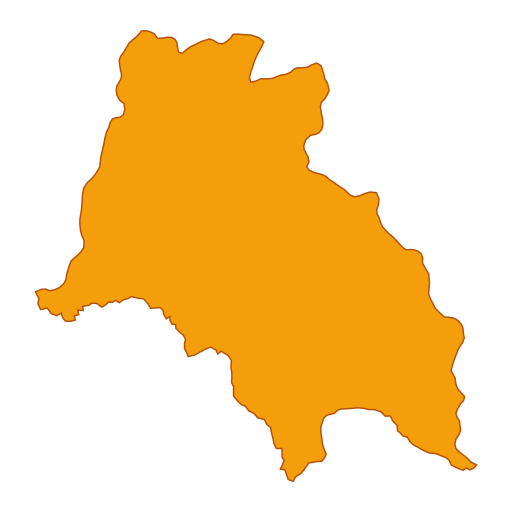 the district of Fruta de Leite, Minas Gerais, Brazil
{"feature_id": "56859067B77159548363551", "entity_name": "Fruta de Leite", "entity_type": "district", "adm_level": 2, "iso_a3": "BRA", "parent_name": "Brazil", "parent_adm1": "Minas Gerais", "projection": "albers", "projection_center": [-42.516, -16.13], "detail": "fine", "context": "isolated", "style": "filled", "palette": "amber", "viewbox_px": 512, "rotation_deg": 0, "n_neighbors": 0, "source": "geoboundaries", "source_scale": "gbopen_adm2", "svg_char_len": 4468}
<svg xmlns="http://www.w3.org/2000/svg" viewBox="0 0 512 512"><path d="M263.8,41.7L259.6,38.1L256.0,36.7L251.4,35.1L244.5,34.7L238.2,34.1L233.2,34.3L230.4,38.3L226.6,41.5L222.6,43.9L218.2,43.3L213.8,40.5L209.4,38.9L205.2,40.3L201.2,41.5L195.9,44.2L190.5,46.8L186.3,49.7L182.3,53.4L178.4,52.0L177.5,46.8L176.9,42.9L175.2,39.5L171.7,37.4L167.1,37.3L163.1,38.1L157.6,38.3L154.3,33.9L150.2,31.8L145.8,30.7L141.5,31.0L138.5,34.7L135.1,37.9L132.4,40.1L128.9,43.3L126.6,47.4L123.7,52.3L120.6,56.4L119.2,60.4L119.7,65.3L120.6,70.3L121.5,74.2L121.2,78.3L119.1,82.2L117.0,85.8L116.3,89.6L116.9,95.1L119.7,100.3L124.1,103.6L124.8,109.6L123.5,114.6L120.2,117.2L116.6,117.7L112.6,118.8L110.3,122.2L108.8,127.2L106.5,132.1L105.0,137.7L104.2,142.2L103.3,146.4L101.9,152.4L100.8,157.3L100.2,162.3L99.8,166.8L97.9,170.2L95.1,174.6L91.4,179.0L87.2,182.8L83.6,188.4L82.5,194.9L82.0,202.6L81.7,207.4L81.0,213.1L80.0,218.4L79.8,222.7L80.4,229.9L81.8,235.4L84.1,240.6L83.8,247.6L81.0,251.8L77.9,254.9L74.0,258.3L70.9,261.2L69.4,265.4L67.9,270.0L66.5,275.2L66.1,279.1L63.9,283.5L59.3,287.7L54.3,289.9L49.7,290.7L45.5,289.1L41.3,289.3L35.4,291.9L38.9,298.5L37.9,303.8L40.6,309.5L47.3,308.1L51.3,313.7L56.8,315.6L61.4,313.1L62.5,317.3L65.2,321.0L70.5,321.4L75.3,320.0L74.4,315.9L78.8,314.7L77.6,310.1L83.2,310.5L82.7,306.2L88.9,305.4L91.7,303.1L97.0,303.5L101.8,307.2L105.6,304.9L108.5,302.1L112.4,302.4L115.6,300.3L119.4,302.7L123.4,299.8L128.3,298.4L131.6,296.6L137.0,298.0L143.7,298.9L147.6,303.3L150.7,308.3L156.0,307.9L159.8,307.7L162.9,309.8L163.7,314.3L166.3,318.8L170.0,316.4L169.9,320.2L172.1,324.2L175.6,324.5L175.9,328.3L179.9,332.4L183.3,335.1L185.5,339.2L184.5,343.7L184.5,348.4L186.8,352.9L188.1,356.5L194.2,355.2L199.4,352.4L204.6,349.6L210.4,347.0L215.8,349.8L217.8,353.9L221.1,351.2L224.9,353.4L228.3,355.7L231.4,360.4L231.0,367.6L231.8,372.6L231.9,377.6L231.6,382.8L233.7,386.9L233.5,391.7L233.6,396.1L236.5,399.6L239.0,402.4L241.7,404.8L245.5,406.3L248.9,411.0L254.1,413.5L257.9,418.0L264.2,419.3L266.9,424.5L270.6,427.6L271.5,432.8L272.8,437.8L273.9,443.3L276.4,448.5L281.8,448.5L282.1,453.1L282.1,457.4L284.2,460.2L282.5,464.6L280.4,469.1L284.8,469.8L286.5,474.4L288.2,479.5L293.2,481.3L295.5,476.9L301.0,473.4L304.1,469.7L306.4,466.4L308.8,463.0L314.0,462.1L318.0,461.4L321.6,461.4L324.1,458.5L326.2,454.3L324.1,449.2L322.4,444.1L321.8,438.0L321.0,433.2L320.7,427.5L322.5,421.9L324.1,417.7L326.9,415.2L330.2,414.3L334.2,413.4L337.6,410.2L341.8,408.8L346.0,408.8L350.2,408.5L358.0,407.8L364.1,408.4L369.1,409.6L374.5,409.6L381.1,411.9L385.1,416.1L390.3,416.0L392.7,420.8L397.3,425.7L397.5,430.8L400.4,433.0L402.6,435.8L407.4,437.2L409.9,441.6L413.8,445.2L417.5,447.0L421.0,449.2L424.6,450.9L429.3,452.9L436.0,453.7L442.1,456.1L446.3,457.9L449.2,460.3L451.0,464.6L454.1,466.5L458.1,468.4L463.3,470.3L466.5,467.9L469.6,469.9L473.8,468.1L476.6,464.9L471.6,462.6L466.9,457.9L462.3,454.3L459.1,451.8L456.0,448.6L454.9,444.2L455.9,439.2L458.7,435.1L460.6,430.5L459.5,421.2L456.9,416.8L455.9,413.2L457.8,408.5L460.7,403.5L463.5,400.7L464.6,396.6L461.6,393.4L458.5,389.9L456.2,385.4L455.5,381.7L455.0,377.9L453.3,374.7L451.0,370.5L452.7,364.5L454.2,359.7L455.9,355.2L457.7,350.5L459.4,347.1L462.6,342.5L464.3,337.9L463.4,334.0L463.0,328.0L461.1,324.0L458.2,320.7L454.3,318.3L448.9,317.3L444.3,316.9L440.7,313.7L436.9,310.1L434.6,307.2L432.6,302.9L430.3,298.6L428.6,294.2L429.0,288.4L429.5,282.5L428.6,273.8L425.3,268.2L422.6,263.3L422.6,257.3L420.9,253.3L417.7,251.1L414.0,249.7L410.4,249.5L406.6,250.1L402.4,247.2L399.5,244.0L397.2,241.4L393.0,237.0L388.4,233.2L385.2,229.8L382.3,226.5L380.4,222.2L379.2,217.9L377.0,213.9L376.9,209.1L378.5,204.6L378.9,198.6L376.3,192.7L370.5,192.0L366.5,193.0L363.1,194.3L359.2,195.9L354.9,196.8L350.3,195.2L346.4,191.6L343.6,188.9L340.2,187.1L336.9,184.7L333.7,182.3L329.7,179.9L326.3,176.6L322.6,174.8L318.4,173.6L313.9,172.4L309.4,170.4L306.7,166.9L308.9,161.7L307.8,156.3L305.8,152.9L304.1,149.7L303.8,145.7L305.6,140.0L310.4,135.3L315.7,134.3L319.2,132.6L321.9,129.1L322.8,124.7L322.8,120.2L321.7,115.2L320.9,110.7L320.4,106.6L321.2,102.6L324.7,98.9L327.4,94.5L329.1,90.4L327.6,83.6L324.7,78.6L323.4,72.7L321.1,65.7L316.6,63.1L311.8,64.8L307.3,67.3L302.6,67.7L297.3,67.8L294.0,69.2L291.0,72.0L286.1,74.3L280.1,75.3L275.7,77.1L272.2,78.5L266.6,78.8L260.9,78.8L255.6,81.2L250.6,82.2L249.5,77.2L250.9,71.7L252.6,67.1L253.9,62.7L255.6,58.4L257.6,54.0L259.6,50.4L261.5,47.0L263.8,41.7Z" fill="#f59e0b" stroke="#b45309" stroke-width="1.5"/></svg>